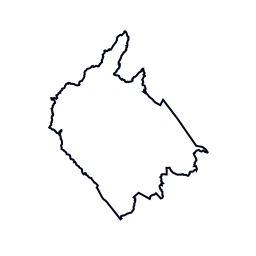 Tabasco, Zacatecas, Mexico (Albers equal-area conic projection), rotated 118°
{"feature_id": "50627088B99461969651852", "entity_name": "Tabasco", "entity_type": "district", "adm_level": 2, "iso_a3": "MEX", "parent_name": "Mexico", "parent_adm1": "Zacatecas", "projection": "albers", "projection_center": [-102.953, 21.94], "detail": "fine", "context": "isolated", "style": "outline", "palette": "ink", "viewbox_px": 256, "rotation_deg": 118, "n_neighbors": 0, "source": "geoboundaries", "source_scale": "gbopen_adm2", "svg_char_len": 5829}
<svg xmlns="http://www.w3.org/2000/svg" viewBox="0 0 256 256"><g transform="rotate(118 128 128)"><path d="M212.1,91.8L211.0,91.4L210.9,91.8L209.2,92.7L207.8,91.6L206.9,90.2L204.3,88.6L202.3,86.8L201.7,85.8L201.1,85.4L199.9,85.1L199.2,85.2L198.9,85.0L196.8,84.8L195.5,85.8L194.7,86.1L193.6,85.9L192.0,86.9L189.1,87.2L188.8,87.4L188.6,88.2L187.6,88.0L186.8,88.5L187.0,88.8L186.5,90.5L180.2,88.2L180.4,75.4L179.8,75.4L178.4,76.1L177.3,76.0L175.6,74.8L174.8,74.1L174.5,73.4L172.5,72.7L174.8,65.9L173.5,64.9L171.6,65.2L170.9,66.3L168.1,67.7L167.9,68.9L166.9,69.4L166.9,70.6L164.6,72.9L164.0,73.0L162.8,72.3L162.5,71.9L162.5,71.3L161.9,71.7L161.9,72.2L161.5,72.4L161.2,72.3L160.4,71.2L160.0,72.3L159.8,72.4L159.6,73.6L159.0,74.0L158.0,74.1L157.2,74.6L156.6,75.4L156.4,76.2L155.7,76.4L154.8,75.8L154.2,76.0L153.7,76.5L152.9,76.2L151.9,74.5L151.0,72.1L148.0,73.5L145.1,75.3L144.4,73.7L143.5,72.7L143.6,72.3L144.7,71.2L144.8,70.7L145.5,70.1L145.6,69.1L146.3,67.3L146.1,63.2L145.8,61.9L144.9,60.9L144.4,59.2L143.6,58.7L143.0,58.0L143.3,57.1L142.1,54.6L142.2,52.7L141.4,52.2L139.7,52.3L139.2,52.0L138.6,52.6L138.0,52.7L137.0,52.0L136.1,50.3L135.4,49.8L134.2,49.7L133.4,49.2L133.3,48.7L132.8,48.1L133.1,47.8L131.8,47.9L130.0,49.9L130.2,50.0L130.0,50.4L130.5,51.4L129.8,51.2L129.3,52.3L128.0,52.3L127.1,52.9L126.5,52.7L125.4,52.7L124.7,52.3L124.0,52.7L122.7,54.0L120.4,57.4L119.7,58.0L119.0,57.9L118.6,57.3L117.3,57.3L115.5,56.6L114.5,55.7L114.1,54.6L114.6,53.5L114.2,51.9L112.7,51.3L112.4,50.9L112.9,49.3L112.9,48.2L112.4,46.4L112.0,46.3L110.3,49.6L109.8,53.4L111.7,59.4L96.5,88.8L86.6,110.3L92.7,110.2L92.6,116.3L92.1,117.8L91.2,119.7L90.4,124.3L89.9,125.1L89.0,127.4L89.1,128.7L88.8,131.0L88.4,130.5L87.8,130.2L87.7,129.4L87.1,130.1L87.6,131.1L87.5,131.5L86.5,131.7L86.2,131.1L85.1,130.8L84.5,131.3L83.8,132.3L83.0,132.8L82.8,133.4L83.2,135.2L82.8,135.8L82.3,136.0L80.5,135.9L79.1,137.2L79.0,137.9L78.7,138.1L78.1,138.0L75.1,138.2L74.2,137.5L73.4,138.6L73.5,139.3L72.0,139.0L71.4,139.4L71.1,140.3L70.1,141.0L70.1,141.3L70.9,142.4L68.7,142.1L68.4,142.3L68.6,142.7L69.4,142.9L69.8,143.3L71.0,143.1L72.2,143.1L74.0,144.4L78.1,145.2L79.4,145.7L79.9,146.5L80.3,146.7L81.6,146.7L82.1,147.2L83.2,147.1L83.6,146.5L84.2,146.2L85.6,147.1L86.6,148.7L87.3,149.1L87.4,150.3L88.2,150.8L88.4,151.9L88.4,152.3L87.3,153.6L87.8,154.8L87.4,155.9L88.3,156.3L87.6,159.0L86.4,160.1L86.2,160.8L86.4,161.7L87.1,163.3L87.4,165.3L86.8,165.8L86.2,165.8L84.6,164.9L83.5,165.0L82.4,164.6L81.8,164.8L80.7,164.7L79.7,164.1L78.5,164.4L78.2,164.1L76.5,164.6L76.7,165.3L76.2,165.9L75.3,165.5L75.1,165.6L75.2,166.5L74.8,166.9L74.8,167.1L74.6,167.2L72.5,167.0L71.9,167.3L70.2,167.0L69.1,167.4L68.3,167.3L67.6,167.7L65.6,167.5L64.5,167.2L63.6,167.4L63.2,167.3L63.2,166.9L62.9,166.7L62.0,166.7L60.3,166.1L59.8,166.7L59.2,166.4L57.8,167.3L57.3,167.2L56.9,166.8L56.2,167.2L56.1,167.8L55.5,167.4L54.9,167.4L53.5,168.7L53.2,168.5L51.6,169.1L49.9,169.0L49.4,169.2L49.2,169.8L48.7,170.0L48.0,169.9L47.3,170.4L47.0,172.0L45.2,173.5L43.9,175.4L43.9,175.7L44.2,176.3L44.5,176.5L45.8,176.1L49.1,177.1L49.2,178.2L49.6,178.7L52.2,179.9L53.2,180.0L53.7,179.7L55.0,179.5L55.7,178.9L56.8,179.1L57.9,178.9L62.7,179.8L63.3,179.7L66.6,179.9L66.6,180.2L67.5,180.6L67.2,180.9L67.2,181.5L67.5,181.7L68.3,181.8L69.9,182.5L70.3,183.9L70.2,184.5L70.8,185.1L71.3,184.9L72.4,184.0L73.2,184.1L75.1,184.8L76.5,183.3L77.2,183.6L78.3,182.9L79.9,183.0L80.2,182.8L80.6,183.0L81.5,182.1L82.3,181.9L83.1,182.4L84.6,182.6L85.3,183.0L85.7,182.7L86.7,182.9L87.2,182.8L87.7,183.3L87.6,183.8L87.9,184.2L88.2,185.4L89.3,186.1L90.4,187.3L89.8,188.1L90.1,188.3L90.2,188.7L92.5,189.4L94.0,190.6L95.0,191.7L97.2,192.2L97.9,192.6L98.4,192.7L99.7,192.3L100.9,191.3L102.1,191.4L102.9,190.8L103.9,190.6L104.2,190.7L105.1,190.5L107.0,190.8L107.7,190.6L108.4,191.0L109.0,191.9L110.1,192.5L111.8,191.9L112.4,191.5L112.4,191.2L112.9,191.2L113.3,192.0L114.1,192.4L114.6,194.2L114.8,194.8L114.4,195.7L114.5,196.4L115.0,197.3L115.2,198.2L115.9,199.3L115.5,200.5L116.1,201.6L116.7,201.3L117.1,201.5L117.0,202.2L117.6,202.9L118.5,203.3L119.6,203.1L120.4,203.4L121.0,203.0L122.5,203.0L123.4,203.6L123.7,204.2L124.4,204.6L125.3,204.0L127.6,205.0L128.7,204.3L129.8,205.6L130.4,205.4L131.5,205.6L132.8,206.6L134.4,204.8L134.8,204.6L135.1,205.0L135.8,205.0L136.0,206.2L135.8,206.8L135.9,207.2L137.6,208.1L137.3,209.1L137.6,209.7L138.8,208.7L138.1,206.8L138.2,206.2L139.0,204.9L140.3,204.2L141.2,204.8L141.9,204.8L142.4,204.5L143.7,205.0L144.7,204.2L146.0,204.3L147.0,204.1L147.2,204.3L147.8,203.3L149.0,202.7L149.2,202.2L149.8,202.1L150.0,201.6L150.6,201.5L150.6,201.0L151.3,200.7L151.5,200.1L152.3,200.1L152.6,200.5L153.0,200.7L153.8,200.6L155.3,199.9L155.5,199.5L156.5,198.7L157.3,198.5L158.0,198.6L158.6,198.0L159.3,198.2L160.2,198.0L161.4,197.2L162.8,197.7L164.5,197.8L164.7,197.1L164.4,195.8L164.6,194.9L165.0,194.3L164.3,193.0L164.3,192.2L165.5,189.3L165.8,188.1L165.4,187.2L165.5,186.3L163.4,186.4L163.2,186.7L162.8,186.3L161.5,186.1L161.2,185.9L161.3,185.5L161.7,185.3L162.9,185.7L164.7,185.3L166.2,185.4L166.6,184.1L167.9,182.9L168.7,182.8L169.0,182.2L169.4,182.0L169.7,181.1L170.8,180.1L172.8,178.9L174.0,178.8L174.7,179.0L176.3,177.5L177.7,176.9L177.9,174.1L178.2,173.9L178.3,172.0L178.7,171.6L178.7,171.1L179.9,169.8L179.4,168.0L179.4,166.3L180.3,165.9L180.7,165.2L181.7,164.8L182.2,164.1L182.3,163.6L181.8,162.5L181.7,161.5L182.0,160.7L183.5,159.6L182.8,159.0L183.2,157.9L184.6,156.5L185.0,154.6L184.9,153.5L185.7,152.6L185.9,150.1L186.1,149.3L186.8,148.7L187.5,148.6L189.0,147.0L189.6,145.7L189.7,145.4L188.0,144.8L187.9,143.7L188.7,143.5L189.1,143.1L189.1,142.4L188.9,141.6L189.9,139.5L189.7,137.5L189.4,136.9L190.1,136.2L192.0,132.0L191.8,131.3L192.6,128.4L193.2,127.5L194.3,127.5L195.3,127.7L195.9,126.3L201.6,118.0L202.5,115.9L202.4,115.0L203.1,112.4L212.1,91.8Z" fill="none" stroke="#020617" stroke-width="2"/></g></svg>